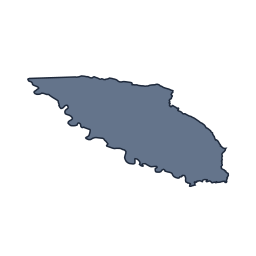 the district of Yaguará, Huila, Colombia, rotated 99°
{"feature_id": "7082276B512677824118", "entity_name": "Yaguará", "entity_type": "district", "adm_level": 2, "iso_a3": "COL", "parent_name": "Colombia", "parent_adm1": "Huila", "projection": "equal_earth", "projection_center": [-75.497, 2.631], "detail": "fine", "context": "isolated", "style": "filled", "palette": "slate", "viewbox_px": 256, "rotation_deg": 99, "n_neighbors": 0, "source": "geoboundaries", "source_scale": "gbopen_adm2", "svg_char_len": 5758}
<svg xmlns="http://www.w3.org/2000/svg" viewBox="0 0 256 256"><g transform="rotate(99 128 128)"><path d="M173.8,52.8L173.3,53.2L173.0,53.3L172.5,53.3L171.5,53.1L171.4,53.2L171.3,53.9L171.2,54.0L171.0,53.9L170.8,53.3L170.8,51.9L170.6,51.7L170.2,51.8L169.7,51.5L169.4,50.2L168.9,49.0L168.8,48.7L168.9,48.1L169.3,46.8L169.3,46.1L168.6,46.1L168.0,46.0L167.6,45.6L167.0,44.5L166.7,41.8L167.8,41.7L168.0,41.9L168.2,42.3L168.4,42.4L168.5,42.3L168.7,42.0L168.6,41.6L168.4,40.9L167.8,39.9L167.6,39.4L167.6,38.7L168.2,37.4L168.9,36.7L168.9,36.2L168.8,35.8L168.5,35.5L168.1,34.4L168.0,33.9L168.3,32.9L168.3,32.5L168.1,32.4L167.5,32.6L167.2,32.3L167.3,31.8L167.6,31.3L167.7,31.0L167.0,28.3L166.4,27.3L165.8,25.6L165.6,24.9L165.6,23.9L166.0,23.6L166.5,23.6L166.5,23.3L166.5,22.7L166.2,22.3L165.4,22.1L164.3,22.6L163.7,22.4L163.4,22.5L162.8,22.2L162.4,22.3L161.8,22.0L161.6,22.1L161.4,22.4L160.9,22.1L160.3,22.0L159.5,21.5L158.8,21.5L158.1,21.8L157.4,21.9L157.1,22.2L157.0,22.8L156.3,24.2L155.4,24.6L155.2,24.9L155.1,25.2L155.1,25.8L154.7,26.0L154.3,26.6L154.0,27.9L153.7,28.7L153.2,29.3L153.1,29.5L152.5,29.5L151.6,30.0L150.3,29.3L149.9,29.1L148.9,29.4L148.4,29.9L147.8,30.0L147.2,29.8L146.8,29.9L146.5,30.0L146.4,30.3L146.2,30.5L145.3,30.4L144.8,29.9L143.7,30.4L142.0,30.7L141.8,30.7L141.2,30.4L139.6,31.1L139.1,31.1L138.3,30.9L136.8,29.9L136.4,29.4L134.7,28.5L133.4,28.5L132.8,28.2L133.1,29.2L133.0,30.3L132.8,31.1L132.3,32.1L131.5,32.9L131.3,33.4L131.4,33.8L130.3,34.1L129.6,34.9L127.0,37.0L126.7,37.3L126.5,37.9L126.0,38.4L125.9,38.7L126.1,39.6L125.7,39.7L125.1,40.5L122.9,41.5L122.5,42.0L121.3,43.0L121.0,43.4L119.6,43.8L119.3,44.4L119.0,45.1L118.3,45.8L117.9,45.9L116.1,49.0L115.7,50.0L115.6,50.8L113.5,52.6L112.9,53.4L111.7,55.7L111.4,56.9L111.0,57.9L110.4,58.8L107.9,64.1L107.3,66.3L106.8,67.4L106.5,69.7L105.0,74.0L105.3,75.3L105.3,76.0L104.9,76.6L104.3,77.2L103.9,77.9L103.5,79.0L103.3,80.2L102.9,81.4L102.7,81.6L102.4,81.7L102.1,81.3L101.5,81.1L100.7,81.1L100.5,81.3L100.5,81.9L100.8,82.6L100.8,83.0L100.6,83.4L100.2,83.7L99.4,86.0L98.9,87.0L98.8,87.5L98.9,87.9L99.6,88.0L100.1,88.5L100.3,88.9L100.2,89.4L99.7,89.6L99.6,90.4L99.5,90.5L98.6,90.6L97.1,90.3L97.0,90.5L96.9,91.2L96.4,91.3L95.6,90.8L95.3,91.0L94.7,91.2L94.5,91.5L94.3,91.6L93.6,91.4L92.9,90.9L92.7,90.3L91.9,89.8L91.3,89.8L90.7,89.9L90.3,89.5L89.9,89.3L89.3,89.3L89.0,90.0L88.2,90.6L87.7,90.3L86.8,90.4L86.6,90.2L86.2,89.6L85.7,89.3L85.2,89.4L84.9,89.5L84.1,89.5L83.9,91.2L83.2,93.7L82.8,97.1L82.4,99.4L81.5,101.5L81.5,102.4L80.4,104.3L80.3,105.3L80.2,106.0L80.5,107.1L81.1,108.2L81.6,110.6L82.0,112.1L82.4,113.2L83.4,114.9L83.6,116.1L84.1,117.8L84.0,118.5L84.0,119.5L84.1,120.3L84.2,120.9L84.3,124.5L84.0,125.9L84.1,126.7L84.4,128.2L84.4,129.6L84.6,130.7L83.2,131.0L82.7,131.6L82.6,132.8L82.7,138.2L82.9,140.0L83.6,141.8L83.7,142.8L83.7,143.5L83.4,144.9L82.7,145.8L82.1,147.3L81.8,149.1L81.8,150.2L81.6,151.4L81.6,154.2L82.3,155.0L82.8,155.9L83.3,157.6L83.8,158.1L83.9,159.7L83.7,160.2L83.5,161.1L83.5,161.7L84.0,162.5L84.2,163.2L84.1,163.7L83.4,165.8L83.1,167.8L82.7,169.2L83.0,170.2L84.0,171.1L84.2,171.7L84.3,173.1L83.6,175.6L83.8,176.9L83.7,179.2L83.8,180.9L83.9,182.2L85.1,184.4L85.9,187.0L85.8,187.9L85.9,188.4L94.5,233.2L94.8,233.5L95.0,234.2L95.5,234.5L96.2,234.1L97.0,233.5L97.2,233.0L97.4,231.9L97.4,231.3L98.0,230.2L98.7,229.5L99.8,229.1L100.4,228.3L100.8,226.7L101.3,224.4L101.6,223.5L102.3,222.6L102.9,222.5L104.2,223.9L105.5,225.0L106.6,226.3L107.7,226.3L108.6,225.2L109.0,223.4L108.6,221.1L108.0,219.8L107.1,218.7L107.0,216.6L107.5,214.1L107.6,213.2L107.3,212.3L107.5,211.1L108.0,210.5L109.5,207.4L111.4,202.7L112.2,201.2L113.4,200.9L116.1,199.5L116.7,199.7L116.8,199.4L117.5,199.1L118.3,198.4L119.2,197.3L119.0,196.4L118.0,195.1L117.2,194.6L116.1,193.9L115.4,193.0L115.1,192.1L115.2,191.3L116.8,190.3L117.7,190.4L118.4,190.9L120.0,192.4L120.6,192.7L121.4,192.9L122.7,192.7L123.7,192.1L124.1,191.0L124.6,187.8L125.4,186.0L126.6,184.6L127.7,184.4L128.7,185.2L130.2,187.0L131.1,187.8L132.0,188.0L132.7,187.9L134.2,185.7L134.6,184.6L134.3,182.1L133.9,180.5L133.1,178.8L132.1,178.6L131.2,178.3L130.8,177.8L130.8,176.8L131.5,175.7L132.4,175.2L133.4,175.0L133.8,174.8L134.3,174.3L134.7,173.6L134.6,172.7L134.1,171.8L134.5,170.7L135.2,167.1L135.4,165.5L136.0,165.0L137.6,164.9L139.2,165.0L141.6,165.4L142.3,166.0L143.0,166.7L143.6,167.7L144.4,168.2L145.0,167.6L145.6,165.3L145.4,163.5L144.7,162.4L143.7,161.3L142.7,159.3L142.4,157.9L142.3,154.7L142.1,151.2L142.7,150.0L143.6,149.3L144.0,148.7L144.6,147.7L146.8,145.4L147.2,145.5L148.6,146.4L149.2,146.1L150.2,140.7L150.4,139.1L150.4,138.0L149.9,136.4L149.4,132.9L149.6,131.2L150.0,130.3L150.3,127.9L151.5,126.4L153.1,126.2L155.8,126.6L157.8,126.7L159.6,125.8L161.4,124.4L162.3,122.8L162.8,121.2L162.8,119.7L162.7,117.3L162.3,116.3L161.6,115.7L159.8,115.9L157.7,116.4L157.2,116.2L157.2,114.4L158.1,112.7L159.3,111.3L160.7,110.6L162.2,111.0L163.2,109.2L163.4,108.2L163.4,107.3L163.1,107.2L162.8,107.3L162.2,108.5L161.6,108.3L161.1,107.9L160.5,105.3L161.1,104.1L162.4,100.5L162.6,99.4L162.5,98.4L161.8,95.9L161.5,93.9L161.8,93.3L162.3,93.1L162.8,93.4L163.2,93.8L163.5,94.4L163.9,94.7L164.6,94.7L166.0,94.3L166.7,93.9L167.0,93.3L167.0,92.5L166.8,90.8L166.6,89.9L166.0,88.8L165.5,88.5L164.7,88.2L164.2,87.7L163.3,86.6L163.4,86.0L163.7,85.3L164.0,85.0L164.7,84.8L164.8,84.5L165.2,81.7L165.2,80.2L165.5,78.5L166.0,77.4L167.0,76.8L168.0,76.0L168.9,74.8L169.5,72.9L169.7,70.7L169.2,69.6L168.2,69.2L167.9,67.8L167.3,67.1L166.7,67.2L166.2,66.5L166.1,64.9L166.3,64.5L166.8,64.1L168.5,63.2L170.6,63.0L172.0,62.5L172.3,62.2L172.6,60.8L172.9,60.6L173.0,60.3L172.9,59.8L173.2,57.8L173.6,57.5L174.1,57.9L174.8,58.1L175.8,58.0L175.8,57.1L175.7,56.8L174.8,55.2L174.5,54.3L174.1,53.7L173.8,52.8Z" fill="#64748b" stroke="#1e293b" stroke-width="1.5"/></g></svg>